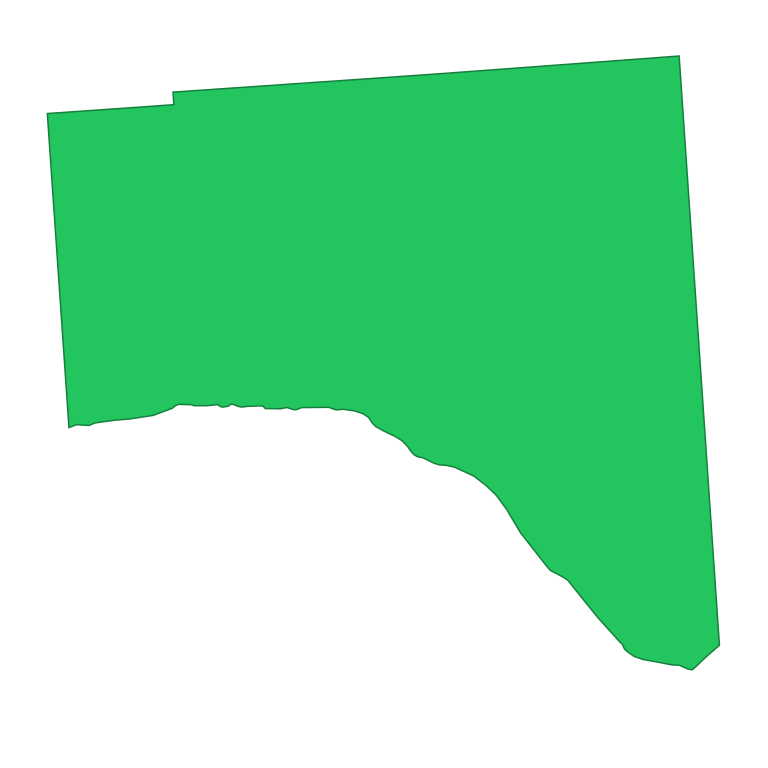 the district of Traverse, Minnesota, United States of America, rotated 266°
{"feature_id": "52423323B7501657464263", "entity_name": "Traverse", "entity_type": "district", "adm_level": 2, "iso_a3": "USA", "parent_name": "United States of America", "parent_adm1": "Minnesota", "projection": "mercator", "projection_center": [-96.623, 45.804], "detail": "fine", "context": "isolated", "style": "filled", "palette": "green", "viewbox_px": 768, "rotation_deg": 266, "n_neighbors": 0, "source": "geoboundaries", "source_scale": "gbopen_adm2", "svg_char_len": 1162}
<svg xmlns="http://www.w3.org/2000/svg" viewBox="0 0 768 768"><g transform="rotate(266 384 384)"><path d="M689.6,448.4L689.9,193.9L677.3,193.8L677.3,67.0L362.5,66.7L364.9,74.4L363.2,86.9L365.1,92.1L365.5,95.2L366.7,113.8L366.8,127.4L368.8,151.7L374.5,171.0L377.2,174.9L378.0,177.9L376.8,190.4L375.6,193.0L374.7,206.2L374.9,213.7L375.3,215.9L372.7,219.7L372.2,221.6L372.7,227.1L373.7,228.6L374.8,230.7L372.0,236.6L370.9,240.2L371.2,246.3L370.9,257.2L370.4,261.8L367.8,263.8L366.5,278.7L367.3,285.4L364.5,292.7L364.7,295.4L366.2,300.3L364.6,327.3L362.5,331.9L361.5,334.8L361.6,341.8L359.3,352.4L355.9,360.9L351.9,366.1L345.6,369.8L342.1,372.8L336.9,380.8L331.0,391.3L326.1,398.1L320.3,403.0L313.1,407.5L310.6,410.0L308.9,412.9L307.8,417.4L301.6,428.2L299.5,433.4L298.5,440.3L296.2,448.3L285.8,467.3L275.3,479.1L265.1,488.3L250.3,497.6L226.1,509.8L191.7,533.0L186.3,537.1L179.4,548.4L175.7,553.4L135.8,581.2L109.5,601.8L108.2,603.4L102.9,605.4L99.7,608.4L94.7,614.7L91.2,623.0L83.6,652.2L82.9,658.8L78.5,667.2L77.4,671.7L81.6,677.0L85.8,681.9L91.0,688.5L91.4,689.0L100.0,700.4L690.6,701.3L689.6,448.4Z" fill="#22c55e" stroke="#15803d" stroke-width="1.5"/></g></svg>